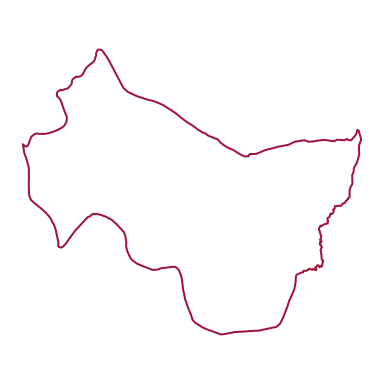 Sandu, Upper River, Gambia (Robinson projection)
{"feature_id": "56634734B93657392024497", "entity_name": "Sandu", "entity_type": "district", "adm_level": 2, "iso_a3": "GMB", "parent_name": "Gambia", "parent_adm1": "Upper River", "projection": "robinson", "projection_center": [-14.362, 13.426], "detail": "fine", "context": "isolated", "style": "outline", "palette": "rose", "viewbox_px": 384, "rotation_deg": 0, "n_neighbors": 0, "source": "geoboundaries", "source_scale": "gbopen_adm2", "svg_char_len": 4583}
<svg xmlns="http://www.w3.org/2000/svg" viewBox="0 0 384 384"><path d="M357.7,129.9L357.3,130.0L356.2,134.0L354.4,136.6L351.2,140.2L348.5,140.1L346.6,138.9L344.6,140.3L342.5,140.1L337.1,139.7L334.6,141.1L332.6,141.1L324.1,139.9L316.2,140.8L312.8,141.6L308.0,141.6L304.3,140.2L295.5,141.6L292.7,142.7L288.5,144.8L278.3,146.6L272.2,148.4L265.8,149.9L260.1,152.3L256.3,153.8L256.1,153.9L249.7,154.1L248.3,156.3L244.2,156.3L239.9,154.2L233.3,150.0L228.5,148.0L224.4,145.6L220.5,142.6L217.6,139.2L213.9,138.2L213.5,137.7L208.3,135.7L204.7,133.1L203.3,132.9L199.0,130.3L191.9,125.1L188.1,122.9L180.3,117.1L178.4,115.3L174.3,112.3L173.2,111.5L163.6,105.3L159.3,103.4L158.6,103.1L156.4,102.2L153.0,100.9L148.4,99.9L137.3,96.3L137.2,96.3L128.2,92.1L124.1,88.6L123.4,87.9L121.0,83.5L120.9,83.3L112.5,67.2L107.2,57.4L102.2,50.6L101.0,49.8L99.0,49.6L98.1,49.6L97.2,50.6L96.3,52.8L96.1,54.0L96.1,55.6L95.6,56.8L95.0,58.9L94.3,60.7L92.5,62.7L90.4,64.1L87.5,66.7L86.1,68.1L85.0,69.9L84.3,71.3L82.9,74.1L80.7,76.1L78.4,76.8L75.7,76.8L75.0,77.6L73.0,79.0L72.2,80.2L71.8,81.6L71.8,83.6L70.7,85.0L69.8,86.4L68.1,88.0L67.7,88.4L61.8,90.2L60.5,89.8L60.0,90.2L58.0,91.4L56.8,93.1L57.0,94.5L57.0,96.0L57.8,97.0L58.5,97.4L59.5,98.6L60.6,100.4L61.3,102.0L63.2,107.4L63.4,108.0L64.0,109.8L64.5,111.2L65.7,114.2L66.1,114.8L66.6,116.2L66.8,117.6L66.8,119.6L66.5,120.8L66.3,122.4L65.2,124.0L64.1,125.8L62.5,127.2L60.4,128.5L58.8,129.3L56.8,130.3L53.4,131.7L52.3,132.1L49.5,132.9L48.2,133.3L44.8,133.9L39.1,133.9L37.2,133.5L35.0,133.9L31.4,136.6L27.9,145.6L25.9,146.6L24.6,146.2L24.3,146.2L23.8,145.0L23.0,144.6L23.0,145.0L24.0,151.7L24.4,153.3L26.7,159.7L27.2,161.9L28.8,167.6L28.9,177.3L29.0,178.2L28.8,178.8L28.8,182.8L28.8,187.0L28.8,188.4L29.1,194.4L29.3,195.8L29.5,196.4L30.2,198.2L31.2,200.1L33.9,202.7L42.5,209.6L43.7,210.8L45.2,212.2L47.9,215.0L51.1,219.0L52.0,221.4L53.9,224.6L55.5,229.2L56.2,232.2L58.0,240.6L58.4,241.8L58.3,246.4L59.1,247.0L61.2,247.6L63.0,246.6L65.7,243.8L73.7,232.6L75.3,230.5L87.8,217.1L90.2,216.3L92.0,214.3L94.1,214.0L96.2,213.8L97.1,214.0L101.2,215.0L105.0,216.4L108.5,218.0L111.1,219.5L112.1,220.2L116.4,224.0L117.0,224.6L120.3,228.2L121.2,229.0L123.9,232.2L125.3,235.6L125.4,236.4L125.4,236.6L125.8,239.2L126.3,242.3L126.1,246.3L126.7,249.3L127.7,252.1L129.0,254.9L130.6,258.3L131.5,259.3L131.6,259.5L132.0,259.9L134.8,262.1L137.3,263.8L137.5,263.9L142.3,265.9L147.3,267.9L148.4,268.3L152.2,269.7L153.0,269.9L154.1,269.9L158.2,269.5L161.1,268.2L169.3,267.3L170.5,267.2L171.1,266.9L172.2,266.9L174.9,266.9L176.8,267.9L178.8,270.1L180.8,274.5L181.9,279.2L182.4,283.2L183.0,289.0L183.7,292.1L185.2,299.7L185.8,300.9L186.8,304.3L188.7,309.1L189.3,310.7L191.1,314.9L192.7,320.1L195.5,322.9L201.6,326.7L202.1,327.1L206.9,329.4L212.7,331.4L220.6,334.4L223.6,334.2L234.7,332.1L259.5,330.5L273.7,327.4L276.2,327.0L280.0,323.8L283.0,317.8L287.4,306.6L289.2,300.8L291.0,296.9L294.4,289.1L295.7,281.3L295.9,276.7L296.6,274.7L297.1,274.5L297.5,274.3L301.1,272.6L302.9,272.4L303.5,270.8L306.3,270.8L308.6,269.5L308.8,268.8L310.7,269.3L312.0,269.8L312.4,269.1L313.3,269.1L315.0,270.0L315.9,270.0L316.4,269.6L316.5,269.0L315.5,268.1L315.3,267.5L316.5,266.3L317.2,265.4L318.5,265.4L318.9,266.5L319.6,267.1L320.4,266.3L320.7,266.1L321.3,266.5L321.7,266.5L322.0,266.1L322.0,265.7L322.6,263.2L322.6,262.7L322.6,261.9L323.0,261.7L323.0,260.5L321.7,259.4L321.5,256.1L321.7,254.9L321.1,254.2L321.1,252.2L320.8,251.3L320.6,249.9L321.0,249.3L321.1,248.4L321.9,247.4L321.3,246.6L321.3,245.9L321.3,245.3L320.4,244.9L319.9,244.7L319.9,243.9L320.2,242.0L321.3,242.2L321.5,241.6L320.6,240.1L320.1,239.7L321.0,238.9L320.8,237.2L321.2,236.6L321.2,235.6L320.4,234.5L320.4,233.5L319.7,232.3L319.9,231.0L319.0,230.2L319.0,229.2L319.0,228.7L319.3,227.7L319.7,226.9L320.1,226.3L320.4,225.9L320.5,225.8L321.2,226.2L321.8,225.6L322.9,225.2L323.8,224.4L324.4,224.3L325.7,224.0L327.0,223.4L327.7,223.4L327.7,222.1L328.1,221.5L328.1,220.7L327.5,220.0L327.5,218.2L329.6,216.9L329.8,216.1L329.9,215.7L330.1,214.7L330.6,213.7L331.0,213.7L331.9,214.0L332.7,213.4L333.6,211.5L333.8,210.4L333.2,209.6L333.6,209.4L334.7,208.4L334.7,207.3L335.1,206.1L336.6,206.3L336.9,205.9L338.8,205.9L339.5,205.7L340.8,205.9L341.7,204.9L342.2,204.4L342.5,203.8L344.2,203.0L345.3,202.4L345.7,201.5L345.7,201.1L347.9,199.3L347.9,198.4L349.6,197.2L349.6,191.0L349.8,189.5L350.5,187.3L352.2,184.1L352.4,183.3L352.3,179.4L352.3,178.7L352.2,175.2L353.5,172.1L353.9,168.0L356.9,162.6L357.7,159.9L359.3,154.5L358.9,149.4L359.1,145.7L359.8,143.0L361.0,140.3L361.0,138.7L358.6,130.6L357.7,129.9Z" fill="none" stroke="#9f1239" stroke-width="2"/></svg>